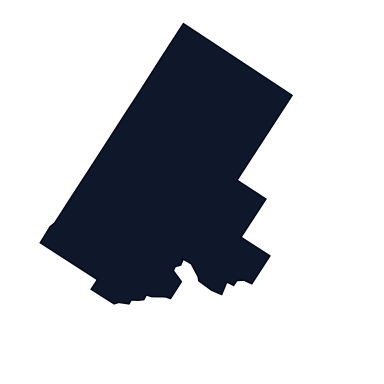 Oneida, Idaho, United States of America, rotated 123°
{"feature_id": "52423323B61185328632609", "entity_name": "Oneida", "entity_type": "district", "adm_level": 2, "iso_a3": "USA", "parent_name": "United States of America", "parent_adm1": "Idaho", "projection": "albers", "projection_center": [-112.403, 42.25], "detail": "fine", "context": "isolated", "style": "filled", "palette": "ink", "viewbox_px": 384, "rotation_deg": 123, "n_neighbors": 0, "source": "geoboundaries", "source_scale": "gbopen_adm2", "svg_char_len": 785}
<svg xmlns="http://www.w3.org/2000/svg" viewBox="0 0 384 384"><g transform="rotate(123 192 192)"><path d="M56.5,160.7L55.5,290.9L61.7,290.9L82.1,290.9L90.1,290.8L90.6,290.9L104.6,290.8L117.7,290.7L140.9,290.5L159.0,290.6L216.9,290.4L217.0,290.4L235.9,290.4L271.5,290.4L279.1,290.3L292.7,290.3L298.4,292.1L301.0,292.0L317.2,291.6L317.0,223.5L328.5,223.6L328.2,196.4L324.5,193.4L320.1,183.9L315.7,184.2L311.9,177.9L308.5,173.8L303.2,174.3L301.7,168.8L294.4,157.3L293.0,152.0L273.0,152.1L268.2,164.8L263.6,165.5L259.6,161.7L253.1,162.8L252.6,153.5L259.7,140.7L262.8,137.9L263.7,121.9L261.8,111.3L248.5,113.8L247.6,106.2L241.9,106.2L237.6,100.4L236.4,91.9L226.1,91.9L203.2,91.9L203.3,126.3L157.7,126.2L157.6,160.7L56.5,160.7Z" fill="#0f172a" stroke="#020617" stroke-width="1.5"/></g></svg>